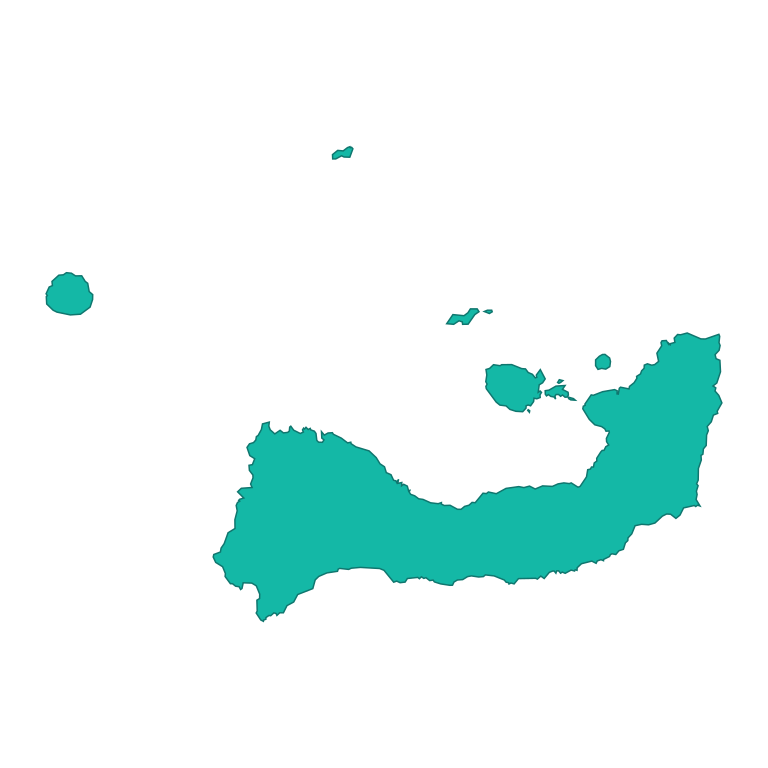 Sikka, Nusa Tenggara Timur, Indonesia (orthographic projection)
{"feature_id": "22746128B25889265457696", "entity_name": "Sikka", "entity_type": "district", "adm_level": 2, "iso_a3": "IDN", "parent_name": "Indonesia", "parent_adm1": "Nusa Tenggara Timur", "projection": "orthographic", "projection_center": [122.277, -8.457], "detail": "fine", "context": "isolated", "style": "filled", "palette": "teal", "viewbox_px": 768, "rotation_deg": 0, "n_neighbors": 0, "source": "geoboundaries", "source_scale": "gbopen_adm2", "svg_char_len": 6094}
<svg xmlns="http://www.w3.org/2000/svg" viewBox="0 0 768 768"><path d="M260.8,620.0L263.4,621.3L263.6,620.1L265.9,619.2L265.9,617.6L268.9,615.5L270.7,615.7L273.9,612.9L276.1,613.5L276.9,615.4L279.7,612.8L283.4,612.8L287.0,605.6L293.7,602.0L297.7,594.5L312.8,588.6L315.2,579.9L318.8,576.4L326.9,572.9L337.5,571.3L338.2,569.1L339.6,568.4L348.7,569.4L351.3,568.2L360.4,567.4L379.6,568.5L384.0,570.3L393.7,582.2L396.7,581.1L400.1,582.7L405.1,582.1L407.4,578.5L417.8,577.4L419.4,578.7L421.4,576.8L423.8,578.4L426.0,577.7L429.7,580.6L433.1,580.1L434.4,581.9L440.7,583.9L449.9,585.3L452.5,585.2L454.0,582.0L457.4,580.0L462.7,579.6L467.6,576.6L471.4,575.9L478.7,577.0L483.4,576.6L485.4,574.9L494.1,575.9L504.3,580.0L506.1,582.2L508.6,582.7L509.0,584.0L511.0,583.0L514.1,583.9L518.5,578.6L535.6,578.3L537.4,579.1L540.8,576.1L544.2,578.5L549.3,572.4L552.8,571.0L554.2,571.1L555.9,573.2L556.7,570.9L558.6,570.8L560.6,573.2L562.3,572.1L565.2,573.3L571.1,570.1L574.6,571.0L575.2,569.7L577.0,570.3L577.2,567.7L581.5,563.7L591.8,561.1L596.1,563.3L597.3,560.9L601.0,559.7L603.5,560.7L603.6,559.4L609.5,556.5L610.4,554.6L612.0,553.8L615.8,554.5L618.9,550.8L623.4,549.3L625.4,542.9L627.8,540.6L628.0,537.9L631.8,533.8L635.1,525.7L641.6,524.3L648.6,524.8L655.0,523.0L662.4,516.1L666.6,514.0L670.6,514.2L675.9,518.4L680.0,515.1L683.6,507.9L694.3,505.5L695.7,506.5L697.6,505.2L700.0,506.0L696.1,499.5L697.1,494.5L696.4,491.2L698.1,485.7L696.6,483.8L698.2,480.1L698.4,468.5L701.3,460.0L701.0,455.4L702.9,454.2L703.4,448.9L706.2,445.5L706.6,435.0L708.3,430.7L707.2,426.5L711.3,421.8L713.4,415.1L717.7,413.4L717.2,411.2L721.9,402.9L718.8,395.4L715.0,391.0L715.8,387.9L713.0,386.0L716.8,383.0L720.5,371.8L719.9,360.3L716.1,358.7L715.1,354.6L719.1,350.3L720.1,345.5L719.0,342.6L719.7,336.3L718.9,334.3L705.4,339.0L700.9,338.9L687.2,333.0L680.5,334.8L677.6,334.5L674.2,338.1L674.9,342.4L670.5,343.6L670.2,344.7L669.0,343.5L669.1,345.1L666.3,340.5L662.0,340.8L661.0,342.6L661.7,345.8L656.9,353.2L658.6,361.4L654.7,364.6L651.7,365.2L647.4,363.8L644.3,365.1L644.1,368.3L641.6,370.8L640.5,373.9L636.6,376.4L636.9,378.3L634.1,382.7L629.5,386.4L629.0,388.9L620.5,387.2L619.3,388.3L618.3,394.1L617.0,393.9L617.2,390.8L614.6,389.6L602.6,391.7L593.3,395.3L591.2,394.9L584.9,404.1L585.2,405.3L583.3,406.2L582.8,408.8L589.3,419.4L594.8,424.8L601.6,426.6L604.8,428.8L606.0,431.2L609.0,431.0L609.3,432.4L606.4,438.4L606.6,441.7L608.7,445.0L605.8,446.7L604.0,450.4L602.2,450.4L600.8,451.9L596.7,458.3L596.8,461.0L594.2,463.0L593.5,467.0L591.5,467.0L590.4,469.1L587.7,469.7L586.5,476.9L580.1,486.4L578.0,487.2L571.2,482.9L569.3,483.6L563.9,482.9L558.0,483.9L552.4,486.4L542.6,485.9L535.2,489.0L529.5,486.1L523.9,487.6L518.8,486.6L506.0,488.4L496.3,493.7L488.4,492.0L486.4,493.6L483.0,493.2L475.2,502.7L472.1,502.4L469.0,505.2L464.6,506.4L461.1,509.3L457.5,509.3L450.1,505.3L444.2,505.5L441.3,504.0L441.4,502.6L438.2,503.7L430.6,502.8L423.0,499.4L418.7,498.8L414.7,495.8L410.6,494.3L409.1,491.9L409.2,491.1L409.9,490.7L409.9,490.3L408.6,490.9L407.3,486.1L403.7,484.3L401.6,485.8L401.8,482.5L397.7,483.4L398.6,479.3L396.6,482.4L395.9,480.8L393.6,480.3L391.0,474.7L386.3,472.6L384.5,466.8L380.0,463.8L376.2,457.6L369.1,450.9L355.9,446.9L351.1,443.7L350.8,442.2L347.6,442.9L341.3,438.1L333.4,434.3L332.4,432.7L328.0,433.0L324.3,435.1L321.5,431.7L321.8,438.1L324.0,439.9L322.4,442.3L318.6,442.2L316.8,440.4L316.0,433.5L314.4,431.2L310.8,429.9L310.2,428.4L308.2,429.5L306.0,427.3L304.6,429.0L303.6,428.1L302.5,429.9L303.4,432.0L300.3,433.5L293.7,430.2L290.8,426.2L289.7,427.1L289.3,431.1L287.7,432.4L283.4,432.9L280.1,430.3L274.8,433.9L270.2,429.8L268.8,426.1L269.3,422.1L262.5,423.9L261.4,429.5L258.1,435.5L256.4,436.6L255.8,440.0L253.5,442.6L249.5,443.8L247.0,447.4L249.8,455.6L254.7,458.7L252.4,464.6L249.0,465.3L249.4,470.4L252.9,475.0L253.0,477.9L250.6,484.0L252.1,487.5L241.3,488.3L237.6,491.8L243.8,498.0L239.6,499.3L238.7,500.4L239.7,501.1L237.5,502.5L236.2,505.5L237.2,510.8L234.9,519.7L235.0,528.5L228.1,532.7L224.2,543.6L221.1,548.1L220.4,552.0L213.8,554.5L213.2,557.0L215.7,562.4L222.6,566.7L225.4,573.5L225.1,576.5L230.4,583.7L232.5,583.7L235.6,586.2L239.1,586.7L240.6,589.5L242.0,588.5L243.2,582.8L251.8,583.1L256.3,585.8L259.7,594.1L259.6,598.5L256.9,600.2L257.2,611.0L256.2,613.0L260.8,620.0ZM511.7,364.6L501.7,364.7L500.1,365.7L493.5,364.7L489.6,368.4L486.0,369.5L486.8,375.0L485.8,381.7L487.1,384.1L485.9,386.4L486.3,388.7L496.2,402.1L499.9,405.1L506.1,405.9L509.9,409.4L515.9,411.3L522.7,411.7L526.0,408.2L526.1,405.8L528.1,405.0L530.6,405.8L533.6,401.6L534.0,398.2L536.8,398.8L540.2,397.5L540.0,394.9L541.5,392.4L540.1,391.0L538.2,392.3L539.2,384.8L542.6,382.8L545.2,378.9L540.3,369.6L536.3,375.1L536.8,377.3L535.3,377.9L532.4,374.3L528.2,372.5L525.5,368.9L521.7,368.6L511.7,364.6ZM66.4,272.7L63.4,274.8L58.8,275.2L52.0,281.4L52.4,285.6L49.2,287.0L46.1,293.8L47.3,295.6L46.3,296.6L46.7,304.0L53.1,310.2L56.9,312.1L70.3,314.9L80.5,314.2L90.1,307.1L92.6,299.5L92.7,294.6L89.2,291.6L87.7,283.3L85.2,281.4L81.7,275.8L75.5,275.9L71.4,273.2L66.4,272.7ZM477.2,308.9L470.4,308.9L467.9,312.8L464.0,315.7L452.9,314.6L446.7,323.7L453.7,324.3L459.0,320.8L462.3,321.9L462.6,324.3L468.1,324.2L474.8,314.6L479.0,311.7L477.2,308.9ZM605.0,354.4L602.5,354.5L599.4,356.2L595.6,359.9L595.6,365.7L598.0,369.4L601.6,368.4L605.8,369.1L609.8,366.6L610.5,361.5L609.6,358.0L605.0,354.4ZM565.1,385.5L556.0,386.1L549.0,390.1L545.2,390.7L545.3,394.2L546.5,395.9L548.4,394.6L550.8,396.4L554.1,397.0L555.6,399.1L555.0,396.0L556.1,394.5L558.6,394.5L560.6,396.3L562.6,395.0L565.0,397.2L567.0,397.1L568.4,395.1L568.1,392.3L562.5,389.4L565.1,385.5ZM350.3,147.7L350.0,146.7L347.5,147.6L343.2,150.9L337.7,150.4L332.5,154.6L332.7,158.9L335.8,158.9L341.6,155.8L344.0,157.0L349.8,157.2L352.9,148.8L351.6,147.3L350.3,147.7ZM491.7,310.2L487.4,310.2L484.3,311.5L489.4,313.5L492.2,311.8L491.7,310.2ZM575.3,400.2L573.5,398.6L568.3,397.1L568.6,398.6L570.8,399.9L575.3,400.2ZM558.9,383.3L560.7,382.4L562.9,380.6L559.3,379.7L557.6,382.5L558.9,383.3ZM529.7,410.8L528.2,409.7L527.7,410.4L529.4,412.3L529.7,410.8Z" fill="#14b8a6" stroke="#0f766e" stroke-width="1.5"/></svg>